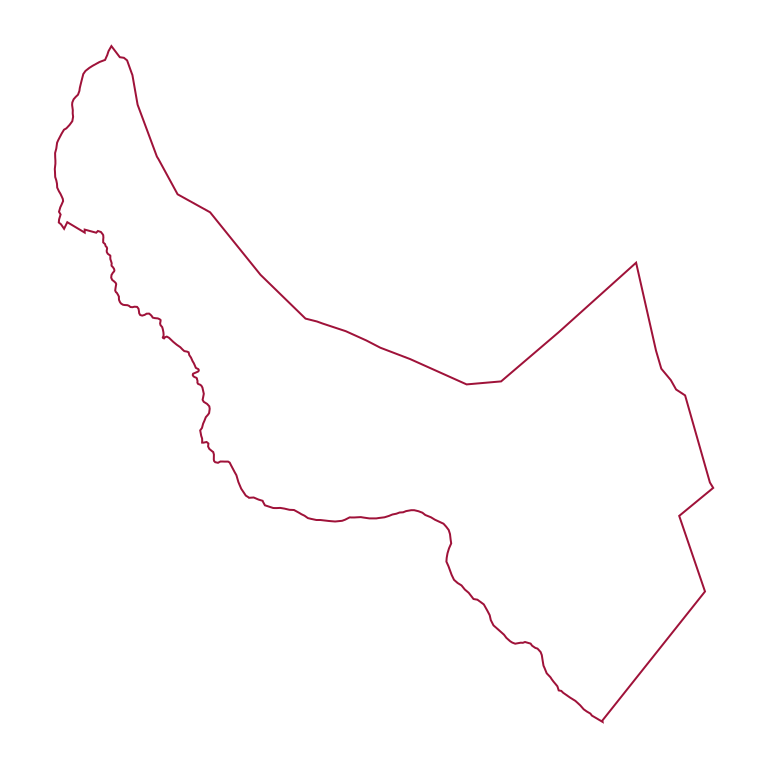 outline of Santa Catalina Quierí, Oaxaca, Mexico
{"feature_id": "50627088B85456617713752", "entity_name": "Santa Catalina Quierí", "entity_type": "district", "adm_level": 2, "iso_a3": "MEX", "parent_name": "Mexico", "parent_adm1": "Oaxaca", "projection": "mercator", "projection_center": [-96.271, 16.336], "detail": "fine", "context": "isolated", "style": "outline", "palette": "rose", "viewbox_px": 768, "rotation_deg": 0, "n_neighbors": 0, "source": "geoboundaries", "source_scale": "gbopen_adm2", "svg_char_len": 4334}
<svg xmlns="http://www.w3.org/2000/svg" viewBox="0 0 768 768"><path d="M64.1,228.8L67.3,222.2L77.5,228.3L84.7,232.6L84.7,229.6L96.2,232.7L97.9,231.0L100.9,232.0L102.5,234.0L103.2,235.1L103.4,237.5L103.2,239.5L103.2,241.2L103.2,242.4L103.8,243.0L105.0,244.0L105.7,246.2L106.8,247.3L107.1,248.5L106.7,250.7L106.8,252.0L107.7,253.7L109.3,254.9L110.2,255.5L110.4,256.0L110.3,256.8L110.3,258.0L110.4,259.3L110.6,259.8L111.2,261.6L111.7,263.3L111.5,264.9L111.6,265.8L113.0,267.3L114.0,268.8L114.4,270.3L114.1,271.4L112.9,272.7L111.5,275.0L111.2,277.7L112.2,279.9L114.1,281.4L115.6,282.8L116.2,284.1L115.6,287.6L115.2,290.5L115.9,292.1L116.8,292.8L118.0,294.8L118.9,296.6L118.9,298.2L119.0,299.8L119.9,302.0L121.0,303.5L122.9,304.7L124.3,305.0L127.5,305.2L129.1,305.9L130.4,307.0L132.4,307.2L134.5,306.7L137.1,306.9L138.5,308.7L138.9,310.8L139.2,313.3L140.2,315.0L142.2,315.6L144.6,314.9L146.6,313.7L149.1,313.6L150.6,314.8L151.8,316.1L152.7,317.6L154.7,318.1L157.8,318.4L159.6,319.2L160.6,320.1L160.5,321.3L160.1,323.4L160.5,325.1L162.2,327.1L162.8,329.2L163.4,332.2L163.6,334.5L163.5,335.9L162.8,337.4L163.2,338.1L164.1,338.4L165.1,337.2L166.8,336.6L169.0,337.8L173.3,341.9L176.7,344.7L180.3,347.2L182.6,349.6L184.3,351.1L187.0,351.6L188.6,352.3L189.3,355.1L191.0,357.6L192.7,361.4L193.6,362.8L194.4,364.5L195.1,366.1L195.8,367.8L197.2,368.6L198.3,369.1L198.8,370.1L198.7,370.8L198.0,371.6L195.7,372.6L194.3,373.2L193.1,373.7L192.8,374.6L192.8,375.3L193.6,376.5L195.3,377.4L196.4,377.8L196.9,378.4L197.0,379.3L197.4,380.4L197.5,381.4L197.4,382.7L198.2,384.0L199.9,384.6L201.3,385.6L202.4,387.5L203.1,390.6L203.8,393.8L203.2,397.0L202.6,399.8L203.7,401.8L207.1,403.9L209.3,406.3L209.7,408.8L209.1,413.1L208.0,414.7L205.8,417.2L204.4,420.8L203.1,423.7L202.0,427.9L200.2,430.4L201.2,435.8L202.1,438.5L202.2,440.5L202.1,442.6L203.2,442.7L206.6,442.0L208.4,443.5L208.1,446.5L209.3,448.9L212.2,451.3L213.2,452.0L213.9,454.5L213.8,459.6L214.1,461.0L215.2,462.2L218.0,462.8L220.4,461.5L225.3,461.6L228.1,461.6L229.7,462.6L231.0,465.2L234.7,472.2L236.4,475.2L238.4,482.1L241.2,488.7L245.8,495.6L248.8,497.5L249.0,497.8L253.7,497.5L258.6,499.6L262.6,500.8L263.1,502.0L264.9,505.3L267.4,506.1L273.2,508.0L276.2,508.1L280.2,507.9L284.4,508.6L289.5,509.8L294.0,510.0L299.1,512.8L301.4,514.2L304.5,515.7L307.9,518.1L311.2,518.9L316.4,520.0L320.4,520.0L329.0,521.0L335.1,521.5L342.1,520.8L345.1,519.7L349.6,517.4L353.6,517.5L360.8,517.1L363.1,517.5L369.4,518.4L376.3,518.4L378.8,518.0L384.5,517.3L389.0,515.9L392.4,514.5L396.4,513.7L399.6,512.5L403.1,512.3L406.1,511.1L411.2,510.2L414.2,510.2L418.4,511.2L422.4,512.7L425.3,515.0L431.0,517.3L434.9,519.7L443.5,523.7L446.2,526.7L448.7,530.0L450.0,534.1L450.6,539.4L451.2,543.4L449.0,548.4L447.5,553.3L446.7,557.8L446.4,561.6L448.5,566.3L451.6,574.8L454.0,579.8L457.6,583.0L461.5,585.4L464.8,589.5L468.7,592.8L473.5,599.0L477.4,599.7L483.8,604.4L487.5,611.0L489.7,615.2L490.8,620.1L493.5,625.4L500.2,631.3L504.0,634.7L506.4,637.9L510.1,641.2L512.3,642.6L515.2,643.7L520.7,642.7L522.9,642.8L525.0,642.0L530.6,643.6L532.1,645.7L535.3,647.9L537.5,648.6L540.6,652.0L541.8,655.1L542.7,660.9L543.5,665.7L544.5,667.9L546.7,673.3L550.5,677.3L551.7,679.2L553.5,681.6L557.4,686.3L558.7,690.4L561.3,690.9L563.2,692.8L570.4,697.8L575.4,700.9L580.2,705.3L583.7,709.3L586.8,711.5L590.4,713.6L591.9,715.6L602.6,721.9L602.4,720.5L705.0,591.5L679.2,515.9L713.2,487.9L709.9,482.5L685.1,395.4L676.1,389.5L670.8,380.1L661.3,368.7L656.0,350.6L636.1,262.7L558.6,332.3L501.1,381.4L466.6,384.4L410.2,359.1L380.3,347.7L366.4,340.5L345.8,331.2L322.5,323.5L317.0,321.5L305.5,318.6L260.5,274.8L210.1,212.3L177.6,194.3L158.5,159.2L156.9,156.6L137.6,104.7L132.4,75.0L131.8,73.5L127.1,60.4L123.9,57.8L119.8,57.2L111.4,46.1L108.5,51.2L107.2,55.2L106.3,57.1L105.1,59.9L99.5,62.0L92.6,65.8L89.3,67.9L85.5,70.9L83.3,74.0L81.8,79.8L80.8,83.8L79.8,88.0L79.4,90.9L78.0,94.7L75.7,96.9L73.6,99.3L72.3,102.5L72.1,104.9L72.8,110.1L72.7,113.4L73.1,116.8L72.3,121.2L69.5,125.0L66.3,128.4L64.0,129.7L61.7,133.5L58.4,139.8L57.1,142.7L56.3,148.5L55.1,153.0L55.2,157.4L55.4,160.5L55.4,163.8L54.8,169.0L55.0,172.1L55.2,177.0L56.3,180.4L57.0,183.8L57.2,187.6L58.9,191.2L60.4,193.7L61.5,196.0L62.8,198.9L63.1,201.1L61.4,205.0L60.3,207.3L59.0,211.8L60.6,214.5L59.1,219.4L58.8,222.5L61.0,224.3L64.1,228.8Z" fill="none" stroke="#9f1239" stroke-width="2"/></svg>